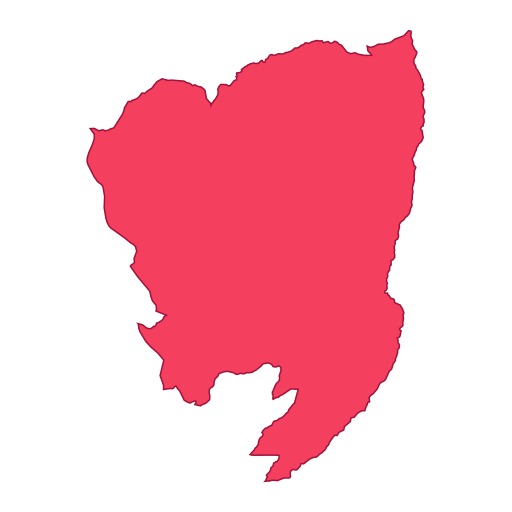 Chillanes, Bolivar, Ecuador
{"feature_id": "8360857B60313806039355", "entity_name": "Chillanes", "entity_type": "district", "adm_level": 2, "iso_a3": "ECU", "parent_name": "Ecuador", "parent_adm1": "Bolivar", "projection": "orthographic", "projection_center": [-79.115, -2.033], "detail": "fine", "context": "isolated", "style": "filled", "palette": "rose", "viewbox_px": 512, "rotation_deg": 0, "n_neighbors": 0, "source": "geoboundaries", "source_scale": "gbopen_adm2", "svg_char_len": 5984}
<svg xmlns="http://www.w3.org/2000/svg" viewBox="0 0 512 512"><path d="M402.3,326.4L402.9,325.3L402.9,322.0L403.5,318.4L403.0,314.6L403.8,313.5L403.8,312.6L402.4,308.7L400.1,305.0L395.0,302.8L394.6,302.2L394.4,300.1L393.8,299.1L390.6,298.2L389.0,295.4L387.8,294.8L387.7,293.2L385.4,293.1L384.8,292.7L384.7,291.6L385.0,290.9L386.3,290.1L387.1,288.5L386.8,284.6L387.5,283.2L386.6,281.8L386.6,279.1L387.8,276.1L387.4,274.0L388.4,271.5L389.5,270.5L389.8,266.4L391.2,264.8L391.0,261.1L391.4,260.4L392.9,259.7L394.7,257.4L394.7,254.2L394.1,252.5L394.7,250.2L394.1,247.1L395.2,243.6L395.2,240.6L397.7,239.0L398.6,236.2L398.4,234.5L398.1,234.4L398.2,232.2L399.5,227.0L399.2,224.6L400.9,221.9L403.8,219.8L405.2,217.6L407.4,215.9L409.4,213.3L410.6,208.6L412.0,205.5L411.5,201.5L412.3,198.8L412.2,195.8L412.9,192.2L412.4,187.8L414.3,180.6L414.1,177.4L414.6,170.3L415.8,167.5L415.3,166.5L413.8,165.2L413.7,163.2L412.1,159.1L414.3,155.0L414.8,152.9L416.2,150.2L416.7,147.3L417.8,146.3L418.4,144.4L421.6,141.3L423.2,137.8L422.0,130.4L420.7,129.5L420.5,128.8L421.6,126.6L423.3,125.8L423.0,124.5L424.1,122.2L423.9,118.6L423.1,117.4L423.0,116.4L424.8,112.4L424.6,110.6L423.1,107.2L423.8,101.4L423.6,98.7L421.4,92.8L421.8,91.6L423.8,89.4L422.9,87.2L423.6,84.5L422.5,81.7L422.2,79.3L421.1,78.5L420.3,75.1L417.5,70.0L416.1,68.5L415.6,65.8L414.1,63.6L413.8,59.6L415.4,56.8L416.9,52.5L416.7,51.7L414.8,49.6L412.1,44.1L412.6,40.7L411.5,38.5L410.8,36.0L411.2,32.6L411.0,31.2L408.6,30.7L403.8,35.8L394.9,39.1L391.5,41.7L389.2,42.7L383.2,44.1L378.3,44.2L373.8,46.6L371.7,47.1L369.7,47.3L367.2,46.1L367.9,50.9L370.8,53.9L371.6,55.3L364.7,55.4L357.7,54.1L355.3,52.8L350.6,53.6L348.2,52.8L346.4,51.5L341.5,45.2L338.9,44.2L337.4,42.4L335.5,41.5L334.4,41.3L333.0,42.6L331.5,43.2L329.8,43.0L328.2,41.5L323.3,42.7L322.0,40.7L319.5,41.0L316.8,40.5L312.1,41.7L308.8,43.4L305.9,42.8L305.0,43.0L303.5,44.6L301.2,45.3L298.8,47.3L297.0,48.0L294.9,48.0L291.6,50.9L287.4,52.4L285.6,52.5L283.3,54.0L278.4,53.8L274.2,55.4L272.9,55.1L272.0,54.5L270.7,54.7L269.5,55.4L267.4,58.8L265.6,59.5L265.1,62.1L264.1,62.3L262.9,62.0L262.4,60.6L261.9,60.4L260.7,60.9L259.1,62.8L258.2,63.3L255.7,63.5L253.8,63.0L250.4,63.8L247.3,65.3L246.7,66.2L245.4,66.5L241.4,69.6L241.9,70.8L240.9,72.0L239.5,72.6L236.8,72.9L236.5,74.2L237.4,75.8L236.0,76.7L236.7,77.6L236.4,79.8L234.1,80.7L230.2,85.6L228.2,85.9L226.6,84.7L221.2,84.4L220.5,84.7L218.8,86.8L217.8,89.1L218.2,92.0L217.8,94.9L215.4,99.1L213.7,101.0L213.1,102.2L211.7,103.3L211.0,105.3L210.6,103.5L206.4,98.5L205.0,90.4L204.0,89.2L201.0,86.9L197.9,86.4L194.9,84.8L192.5,85.7L191.7,84.7L189.6,83.3L187.1,82.8L184.1,81.1L171.7,80.1L168.1,80.4L162.1,78.8L157.2,81.5L154.0,85.2L152.2,87.9L147.3,91.1L144.8,93.4L142.0,93.0L138.5,97.4L137.1,98.5L133.4,100.1L132.1,100.3L131.2,101.7L129.1,101.3L128.1,101.7L124.4,108.0L124.0,110.4L122.3,114.5L113.8,127.9L110.5,128.9L108.1,130.2L105.1,130.8L103.3,129.9L100.9,130.1L99.0,130.9L94.3,128.4L90.2,128.6L94.2,134.1L94.3,138.5L92.5,144.3L88.7,153.0L87.2,158.2L87.2,162.3L88.1,164.9L94.1,176.7L97.7,181.8L101.9,184.8L103.1,187.4L104.6,196.2L104.2,207.9L105.9,218.1L107.3,222.8L109.0,226.0L110.9,228.1L124.4,237.7L130.6,242.8L133.1,244.2L135.5,246.6L136.7,251.3L134.1,258.4L134.4,262.2L133.9,263.3L130.5,265.5L130.5,266.5L137.7,276.7L149.8,291.2L151.0,296.7L152.5,301.0L156.1,305.2L156.5,309.5L156.0,311.0L166.5,315.3L164.5,316.4L163.6,317.4L163.3,318.9L161.3,320.9L160.2,321.3L158.9,322.4L156.6,323.1L155.5,326.1L155.1,326.4L153.8,326.2L152.1,327.8L150.4,328.7L148.7,328.6L146.6,328.0L142.5,324.8L137.9,323.6L138.4,324.3L138.7,327.9L139.9,331.5L145.9,341.6L151.2,347.3L157.6,352.8L163.8,360.1L160.1,375.5L163.5,385.1L163.5,389.5L169.9,388.5L172.5,388.7L173.9,387.7L175.1,386.2L176.2,386.2L177.5,388.6L179.9,391.3L184.2,400.2L188.0,402.4L190.0,403.0L194.0,401.1L195.3,401.0L195.9,401.3L196.0,402.1L194.9,404.6L200.5,405.8L202.6,404.4L204.6,403.8L206.5,402.6L209.6,399.7L209.8,395.7L209.0,392.3L209.5,389.2L210.3,388.1L212.4,387.0L213.8,385.1L214.1,381.9L215.2,378.7L217.9,376.2L218.8,373.8L223.4,371.9L227.3,371.3L233.5,372.7L235.5,374.0L237.2,374.4L240.6,373.3L243.6,373.9L247.2,372.6L248.9,372.8L252.0,372.3L256.2,370.0L261.1,366.1L262.9,363.9L268.0,362.9L271.5,364.2L273.1,366.6L275.9,367.0L278.7,365.9L280.8,367.1L281.0,370.4L279.2,376.0L279.6,377.4L279.2,380.7L276.4,383.5L275.0,385.9L273.2,390.6L272.3,392.1L272.6,393.2L272.3,394.0L273.2,395.5L272.8,398.4L273.1,399.3L276.1,397.7L278.5,397.2L280.4,395.5L282.6,394.6L291.0,388.9L298.2,389.3L294.7,402.3L294.8,402.9L293.7,403.7L288.8,409.6L287.9,412.2L286.1,413.3L284.3,415.6L281.4,418.0L279.4,418.5L277.1,420.5L274.2,421.1L273.4,421.9L271.9,425.1L268.3,426.9L267.0,428.1L265.7,428.0L263.4,430.2L261.9,432.5L263.0,433.9L263.1,434.9L262.2,436.5L260.5,437.5L259.3,439.3L258.4,442.4L258.4,444.2L256.4,447.2L255.3,447.9L254.1,450.2L250.0,454.6L251.6,455.1L254.7,455.2L271.3,455.1L278.8,455.2L279.1,455.6L279.1,458.3L277.3,461.4L275.7,461.7L274.8,462.7L273.6,463.1L273.0,466.0L270.8,468.0L270.6,469.7L269.7,471.7L266.4,475.1L267.3,476.9L265.7,480.4L265.0,481.3L268.9,480.8L269.0,481.1L272.3,480.2L277.5,480.6L283.9,478.0L288.6,478.0L289.9,477.6L290.5,476.6L290.2,472.1L291.3,470.3L293.3,469.4L295.3,470.0L296.9,469.8L300.0,466.5L301.1,463.6L303.7,463.8L309.7,459.0L313.6,457.4L316.2,457.1L317.4,456.4L319.6,454.2L322.0,452.7L325.4,449.4L326.7,446.7L328.5,444.9L329.6,442.1L333.3,436.8L334.9,435.2L337.1,435.5L339.0,432.3L343.7,430.0L344.5,426.5L350.4,421.5L350.9,417.9L354.1,417.3L357.8,413.0L361.7,410.8L364.8,410.7L366.0,406.7L367.2,404.7L367.6,402.6L369.6,401.8L369.1,397.4L371.1,395.0L372.8,394.1L377.2,389.0L379.7,383.7L381.4,382.2L383.9,381.1L385.6,379.4L386.5,376.9L387.5,375.5L388.1,373.3L389.8,370.7L391.6,369.1L393.1,364.0L395.5,360.4L395.4,358.3L396.4,356.8L397.7,352.2L397.6,349.8L399.1,348.0L399.4,347.1L399.4,344.7L397.8,342.1L398.1,340.1L397.3,338.0L399.3,337.1L400.0,336.2L401.1,330.8L399.9,330.0L399.6,329.1L400.5,327.6L402.3,326.4Z" fill="#f43f5e" stroke="#9f1239" stroke-width="1.5"/></svg>